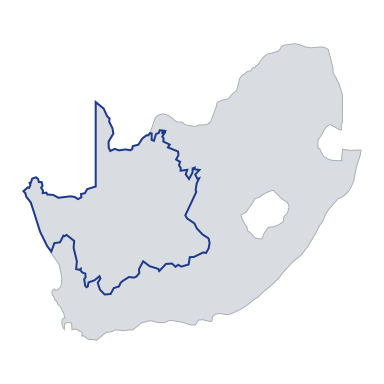 South Africa, with Northern Cape highlighted
{"feature_id": "ZAF-1188", "entity_name": "Northern Cape", "entity_type": "Province", "adm_level": 1, "iso_a3": "ZAF", "parent_name": "South Africa", "parent_adm1": "", "projection": "mercator", "projection_center": [20.625, -28.845], "detail": "medium", "context": "in_parent", "style": "outline", "palette": "blue", "viewbox_px": 384, "rotation_deg": 0, "n_neighbors": 0, "source": "natural_earth", "source_scale": "10m", "svg_char_len": 5393}
<svg xmlns="http://www.w3.org/2000/svg" viewBox="0 0 384 384"><path d="M283.7,45.2L294.7,43.7L299.6,44.6L305.5,47.0L311.1,47.8L320.5,47.0L323.7,47.3L326.2,48.2L328.1,49.4L330.8,58.8L333.1,69.0L333.1,72.3L333.4,73.5L336.1,77.8L337.1,80.5L338.6,82.7L342.1,93.6L342.5,95.5L342.4,122.1L341.1,125.4L341.7,129.6L340.1,130.1L330.7,124.7L329.1,124.9L326.4,127.0L324.0,130.1L322.9,132.8L318.1,140.0L317.8,144.6L318.2,148.6L319.8,148.7L320.9,151.6L323.5,156.1L327.8,159.0L331.8,160.3L337.5,160.7L341.9,160.6L341.6,157.5L342.6,149.3L350.0,150.3L361.0,150.0L360.2,155.4L356.3,167.6L353.7,181.3L350.5,188.3L348.6,191.2L343.3,196.3L340.5,198.0L338.2,198.6L329.1,209.0L325.7,214.0L322.7,221.3L319.7,225.4L315.3,234.0L307.6,246.8L301.0,255.3L298.1,257.7L296.2,258.9L291.0,263.8L283.7,271.7L278.1,278.8L269.8,286.8L264.9,290.4L257.7,297.4L255.6,298.4L247.4,304.9L241.6,308.8L232.0,313.4L228.2,314.7L219.2,313.5L215.4,314.2L212.3,317.0L212.0,321.0L210.7,321.6L202.3,319.7L198.9,320.0L196.9,322.2L195.3,324.9L190.5,325.0L182.1,322.2L172.1,320.5L169.8,320.3L164.9,322.4L163.2,322.7L156.2,322.2L152.3,320.9L148.6,320.9L145.7,322.0L142.2,322.4L132.8,329.9L128.0,330.0L123.8,330.8L116.4,329.8L114.2,330.3L112.0,331.6L107.0,332.2L105.0,333.3L96.5,340.3L93.0,339.5L88.6,339.4L83.6,335.8L81.6,336.0L82.2,334.9L82.3,332.9L80.5,330.9L78.6,331.0L77.5,329.4L74.5,329.2L72.0,329.7L71.6,323.4L70.4,322.7L67.4,322.6L65.9,322.8L65.2,323.4L64.5,324.9L64.4,329.3L63.4,328.0L62.2,325.4L61.8,322.5L62.2,319.2L64.5,317.9L63.9,313.7L60.3,306.4L58.2,304.8L56.5,301.1L54.8,299.8L54.1,297.2L52.4,295.1L51.9,291.8L52.8,289.9L54.2,288.9L55.7,290.5L57.5,289.9L60.1,287.5L61.6,283.9L61.7,278.2L61.3,274.6L59.3,265.4L58.3,263.3L53.7,256.8L48.3,248.0L41.5,234.3L38.3,226.1L33.4,209.6L29.0,200.3L23.7,191.7L23.0,191.1L23.9,190.1L26.7,188.1L28.0,187.5L28.7,187.8L29.4,187.2L30.0,185.9L30.5,182.8L31.8,179.7L33.0,178.3L35.6,177.4L37.5,178.6L38.3,179.8L38.6,181.3L39.4,182.1L40.8,182.0L41.8,183.0L42.3,184.9L42.2,186.3L41.4,187.2L41.5,188.4L42.5,189.8L43.6,193.0L48.8,194.6L51.7,194.8L54.5,195.6L57.1,197.1L61.3,197.4L67.3,196.7L72.2,197.0L76.0,198.4L78.8,198.6L80.6,197.8L81.3,196.5L81.1,194.9L81.9,193.8L83.9,193.4L85.4,192.1L86.6,190.1L89.3,188.4L93.6,187.2L95.7,187.2L95.7,102.7L103.2,108.4L104.9,111.1L108.6,118.9L112.4,128.6L113.0,133.3L112.8,134.3L108.9,140.7L108.8,143.8L109.3,147.6L110.1,149.4L111.3,150.0L114.0,149.1L118.1,150.1L126.0,149.6L129.9,150.1L130.9,149.8L131.8,149.0L132.8,146.8L133.8,146.1L137.4,145.1L139.0,143.8L141.7,139.4L149.5,133.6L150.3,132.2L155.2,118.2L156.7,116.2L158.9,114.8L163.2,113.8L165.7,114.4L168.5,115.6L171.5,117.6L176.1,121.4L177.7,122.0L182.3,122.1L185.1,124.7L193.7,126.4L196.2,126.3L198.8,124.9L203.2,125.0L208.0,124.0L210.8,121.5L216.4,106.3L217.0,103.0L217.6,102.0L222.1,100.3L227.6,99.0L228.7,98.3L232.1,94.1L236.6,90.6L239.7,78.5L241.7,75.7L243.0,74.5L243.8,74.5L244.9,73.7L246.4,72.2L248.2,71.3L250.2,71.0L251.5,70.0L252.1,68.4L253.2,67.6L254.7,67.7L255.5,67.1L255.8,66.1L259.1,63.5L259.2,62.5L261.1,59.9L264.8,55.9L268.4,53.7L271.7,53.2L277.8,51.2L280.0,49.3L281.4,46.7L283.7,45.2ZM273.6,226.7L279.0,224.6L283.1,221.8L284.0,216.6L287.1,213.4L288.2,210.5L289.1,206.4L287.3,202.2L284.7,200.9L280.1,197.3L278.1,194.8L275.4,192.7L273.4,190.3L270.2,191.1L265.3,193.1L262.3,194.9L259.7,197.1L255.1,198.7L250.8,205.6L249.4,207.2L246.0,212.3L241.1,214.8L241.0,215.7L242.6,219.9L244.9,224.1L247.3,227.5L247.2,229.6L247.9,231.2L250.1,232.3L253.7,236.6L255.4,238.0L260.9,239.0L261.7,238.7L263.2,236.2L263.4,234.4L267.0,228.9L268.6,227.2L273.6,226.7Z" fill="#d9dde1" stroke="#a8b0b8" stroke-width="1"/><path d="M36.0,177.3L38.1,179.0L38.8,182.1L41.5,182.0L42.6,185.9L41.1,187.7L43.0,190.5L42.7,193.1L46.4,192.6L47.3,194.5L53.2,194.9L58.4,197.8L70.3,196.3L74.6,196.9L78.0,199.1L81.4,197.3L81.0,194.0L84.9,193.2L87.2,189.1L95.7,186.5L95.7,102.1L103.6,108.5L107.2,116.4L109.6,118.4L109.2,121.9L112.4,128.1L113.4,133.5L108.5,141.8L108.7,147.8L110.3,151.0L114.7,148.9L119.1,150.4L125.4,149.4L130.3,150.3L132.3,149.0L132.7,146.1L138.4,144.7L142.3,138.5L146.4,135.3L148.4,135.3L149.9,133.1L151.7,133.5L151.6,139.9L153.9,140.8L156.0,134.1L158.9,132.8L159.8,130.2L165.4,130.9L165.0,132.4L162.4,131.9L162.3,133.3L164.0,133.8L162.3,136.7L163.6,138.4L163.3,141.5L169.7,144.6L167.9,147.4L178.0,151.5L178.5,155.0L176.1,159.5L180.0,161.8L179.0,165.3L180.7,168.0L180.6,170.7L187.3,169.8L185.7,174.3L189.0,179.0L192.5,172.6L192.6,168.4L194.7,167.6L194.5,169.3L199.4,169.9L195.2,174.6L197.5,178.9L199.1,178.3L196.7,183.3L195.6,190.3L196.3,191.9L185.3,215.4L187.1,218.4L194.4,223.4L196.9,228.5L202.6,234.5L208.5,238.3L209.6,242.8L208.7,248.3L206.0,253.0L203.3,252.4L194.0,256.9L189.8,257.2L188.6,264.5L181.3,266.6L178.2,264.8L175.5,266.8L172.1,263.6L166.0,263.9L159.2,271.1L158.3,268.9L149.6,266.2L143.2,261.3L139.0,269.1L139.3,273.0L136.6,276.4L134.1,277.6L129.0,277.0L122.9,280.8L120.6,282.8L119.0,286.4L113.8,288.1L110.6,294.0L104.7,294.5L99.9,289.6L97.7,282.8L100.4,278.5L99.5,276.2L94.5,280.3L88.5,282.4L87.8,286.4L86.5,287.2L85.2,285.8L84.2,279.2L85.6,277.3L85.3,273.6L82.2,272.4L80.6,270.5L80.8,268.8L79.3,269.8L76.1,269.1L76.9,261.4L73.6,247.8L74.2,240.9L66.5,234.9L64.5,236.2L63.4,235.6L60.0,242.3L54.4,243.1L51.3,251.6L47.1,246.0L40.2,232.0L30.8,202.4L26.2,196.7L25.4,193.3L23.5,191.2L27.7,187.4L29.1,187.9L30.4,185.2L29.6,182.9L30.8,182.8L32.2,178.6L36.0,177.3Z" fill="none" stroke="#1e3a8a" stroke-width="2"/></svg>